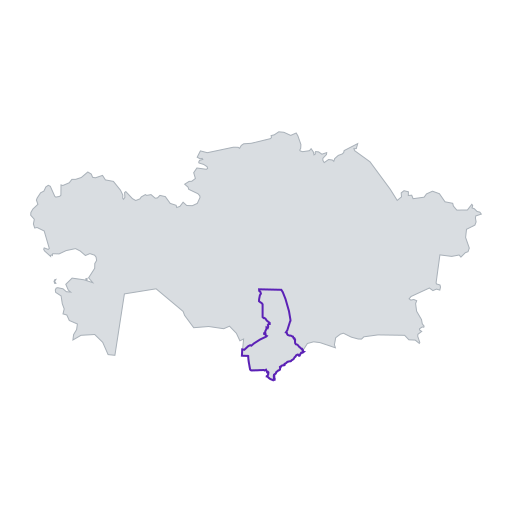 location of South Kazakhstan within Kazakhstan
{"feature_id": "KAZ-3251", "entity_name": "South Kazakhstan", "entity_type": "Region", "adm_level": 1, "iso_a3": "KAZ", "parent_name": "Kazakhstan", "parent_adm1": "", "projection": "albers", "projection_center": [68.818, 43.271], "detail": "fine", "context": "in_parent", "style": "outline", "palette": "violet", "viewbox_px": 512, "rotation_deg": 0, "n_neighbors": 0, "source": "natural_earth", "source_scale": "10m", "svg_char_len": 7855}
<svg xmlns="http://www.w3.org/2000/svg" viewBox="0 0 512 512"><path d="M303.8,351.8L300.9,353.2L299.3,355.4L297.2,354.8L293.3,359.2L281.4,366.0L274.2,375.3L274.0,379.5L272.0,379.6L267.3,376.4L268.2,372.7L266.0,369.8L250.4,369.8L248.1,356.0L242.0,355.6L243.6,339.0L239.9,340.8L236.4,333.3L229.5,326.2L223.7,328.7L208.7,326.5L193.7,327.7L184.6,315.4L183.1,311.4L156.1,288.8L124.4,293.9L114.9,355.3L108.1,354.6L102.7,342.3L94.7,334.5L81.0,335.3L72.9,340.0L73.6,334.6L76.6,329.6L77.4,324.0L69.3,320.5L66.8,315.0L63.0,313.9L64.2,308.9L62.3,303.8L61.1,295.9L55.7,292.4L55.3,290.0L56.2,288.1L57.7,287.7L63.0,288.8L66.3,291.7L70.7,292.1L68.3,290.1L65.8,284.3L72.1,278.1L84.0,279.8L92.8,282.7L88.6,277.8L94.7,268.3L94.8,263.5L96.6,260.5L96.1,257.2L94.6,255.2L89.9,253.6L85.4,255.5L80.2,251.0L75.5,248.6L66.1,250.6L59.1,253.9L52.7,253.7L52.4,255.5L51.6,254.9L50.5,255.5L50.6,256.4L44.5,250.9L43.7,249.3L44.2,247.9L48.2,249.4L49.3,248.5L44.2,231.0L37.1,227.5L34.7,228.0L33.4,224.0L34.3,219.3L30.7,215.2L30.9,212.4L32.9,209.0L37.9,204.3L36.4,200.1L37.2,198.0L40.6,192.8L43.9,191.1L45.9,186.9L48.3,185.3L50.3,186.3L54.8,196.4L55.8,197.1L59.6,196.4L60.9,195.2L61.0,184.9L62.8,185.5L69.2,182.8L71.9,179.4L75.5,179.4L81.3,177.5L87.8,172.0L91.3,174.1L92.6,177.3L95.4,177.8L102.5,175.4L105.4,179.9L113.4,181.4L120.5,190.2L122.8,195.0L122.7,198.3L123.5,199.3L124.9,197.4L124.6,192.5L125.8,191.6L132.4,198.6L135.7,200.5L139.9,198.9L141.3,196.9L145.4,194.6L146.7,195.4L151.0,194.6L155.2,198.2L157.5,197.9L159.9,195.4L165.3,196.6L170.2,203.4L176.1,205.3L176.7,207.5L179.9,206.4L183.1,202.2L186.7,205.5L192.3,205.7L197.3,203.4L200.0,197.5L199.8,195.8L197.9,193.7L188.7,189.3L188.1,187.2L184.7,184.2L189.1,181.4L191.7,181.3L195.4,178.5L193.7,172.7L196.9,168.0L206.4,169.3L207.6,168.4L207.1,166.7L203.6,164.4L199.0,163.0L198.7,162.1L199.5,160.4L202.8,159.4L202.2,158.4L199.9,158.7L197.2,157.2L200.4,150.9L207.3,152.7L233.4,147.2L238.1,147.3L239.6,148.3L241.3,145.4L243.7,143.8L251.2,143.3L270.6,138.6L271.5,137.3L271.1,135.6L274.3,134.8L278.8,131.8L283.9,132.3L290.7,135.4L296.2,133.0L297.9,135.9L300.9,144.5L300.7,148.4L299.7,150.1L300.2,150.9L302.6,151.7L309.4,150.7L311.1,148.7L313.3,151.9L314.0,154.9L315.4,153.9L315.1,152.4L315.6,151.6L318.6,151.9L321.9,154.2L326.7,152.6L326.5,154.5L322.9,158.3L322.8,160.2L324.2,162.6L328.6,159.5L332.3,160.0L333.8,161.3L334.7,158.6L338.3,155.4L342.2,154.0L343.7,152.6L344.1,150.6L357.7,143.6L356.3,148.6L353.9,148.7L354.8,150.8L370.0,161.8L390.2,189.2L397.2,200.4L401.5,196.9L401.2,192.9L404.0,190.7L408.4,191.8L408.3,195.5L411.7,195.2L413.1,198.7L424.1,197.2L426.5,193.9L432.5,191.2L439.4,193.7L445.0,201.8L452.7,203.3L453.4,206.1L456.8,210.1L467.4,210.0L471.8,204.3L472.7,205.5L472.0,207.9L474.3,208.7L477.1,211.5L479.8,212.1L481.3,214.1L475.8,215.9L475.4,217.9L476.1,221.9L474.9,225.1L466.5,229.3L465.6,237.5L469.3,248.1L468.0,251.7L465.3,252.7L460.9,257.1L459.1,255.0L451.7,256.4L439.9,254.9L436.1,282.7L436.4,283.9L440.0,285.0L440.5,287.1L439.8,290.1L436.5,289.1L432.9,290.6L429.4,288.0L411.0,296.5L409.1,298.8L410.8,300.1L413.8,299.5L416.7,300.7L415.6,303.6L416.6,311.2L421.5,319.6L422.3,323.9L424.1,326.1L423.8,327.2L422.1,327.0L419.5,328.8L419.6,330.0L421.7,331.4L417.9,334.3L417.7,336.2L419.8,342.5L419.3,343.4L415.2,340.1L408.9,339.8L404.6,335.3L377.9,334.9L363.9,336.8L361.5,339.1L358.2,339.0L351.2,337.1L343.4,333.2L340.3,334.2L335.7,337.7L334.4,344.7L335.4,347.8L320.0,342.6L313.6,341.8L307.4,343.5L303.1,350.2L303.8,351.8ZM55.9,283.3L54.8,283.5L54.0,281.4L54.8,279.7L55.9,279.4L54.6,281.4L55.9,283.3ZM87.0,280.2L86.1,279.8L85.7,278.9L87.1,278.4L87.0,280.2Z" fill="#d9dde1" stroke="#a8b0b8" stroke-width="1"/><path d="M303.0,350.3L302.7,350.5L302.6,350.8L302.7,351.1L303.2,351.5L303.4,351.7L303.8,351.8L303.4,352.1L303.0,352.5L302.7,352.6L302.3,352.8L302.0,352.8L301.7,352.7L301.3,352.7L301.2,352.7L301.1,352.8L300.9,353.1L300.8,353.4L300.8,353.5L300.6,353.7L300.4,353.9L300.3,354.2L300.1,354.5L300.0,354.8L299.9,355.1L299.8,355.3L299.7,355.6L299.3,355.8L299.1,355.8L299.0,355.7L298.9,355.7L298.7,355.6L298.5,355.3L298.4,355.1L298.3,354.9L298.2,354.8L298.1,354.7L297.9,354.5L297.7,354.5L297.1,354.8L296.5,355.1L296.2,355.3L296.0,355.5L295.8,355.9L295.7,356.2L295.6,356.4L295.6,356.5L295.4,356.7L295.3,356.8L295.2,356.8L294.9,357.0L294.7,357.1L294.2,358.0L293.8,358.7L293.6,358.9L293.5,359.1L292.9,359.5L292.4,359.9L292.1,360.0L291.7,360.2L291.5,360.3L291.4,360.5L291.2,360.8L291.0,361.1L290.7,361.2L290.5,361.3L289.8,361.3L289.1,361.4L288.2,361.6L287.4,361.8L287.2,362.0L286.8,362.4L286.2,363.0L285.5,363.5L285.2,363.6L284.8,363.7L284.6,363.8L284.5,364.0L284.4,364.2L284.3,364.4L284.3,364.5L284.5,364.8L284.6,365.0L284.4,365.2L284.1,365.2L283.7,365.1L283.2,365.3L283.0,365.5L282.9,365.5L282.6,365.4L282.4,365.4L282.2,365.4L281.9,365.6L281.6,365.8L281.4,366.0L281.2,366.1L281.2,366.3L281.1,366.5L280.9,366.4L280.6,366.5L280.4,366.6L280.1,366.8L279.9,366.9L279.9,367.0L280.0,367.2L280.0,367.3L280.2,367.5L280.2,367.9L280.1,368.7L280.0,369.5L279.9,369.6L279.8,369.8L279.7,369.9L279.5,370.0L279.2,370.2L279.0,370.3L278.8,370.4L278.5,370.4L278.2,370.5L277.9,370.7L277.8,370.8L277.7,371.0L277.5,371.3L277.1,371.5L276.6,371.7L276.4,371.9L276.3,372.1L276.0,372.8L275.8,373.5L275.7,373.6L275.5,373.8L275.2,373.9L275.0,374.0L274.8,374.1L274.6,374.2L274.4,374.4L274.3,374.6L274.3,374.8L274.2,374.7L274.0,374.8L274.0,375.0L274.1,375.3L274.0,375.5L273.9,375.6L273.8,375.8L273.8,376.0L273.8,376.7L273.9,377.4L273.9,377.5L274.0,377.7L274.0,377.8L274.4,377.9L274.5,378.0L274.5,378.3L274.6,378.5L274.7,378.8L274.6,379.2L274.4,379.4L274.5,379.5L274.6,379.8L274.4,379.9L274.1,379.9L273.7,379.8L273.4,379.6L273.2,379.6L273.1,379.8L273.0,380.0L272.9,379.9L272.7,380.0L271.1,379.4L270.1,378.9L269.6,378.6L269.2,378.2L268.7,377.9L268.2,377.3L267.6,376.7L267.4,376.6L267.2,376.5L266.9,376.4L266.7,376.4L266.7,376.2L266.8,376.1L267.0,376.0L267.2,375.9L267.3,375.8L267.4,375.7L267.5,375.6L267.7,375.4L267.8,375.3L267.9,375.1L268.0,374.8L268.1,374.6L268.2,374.3L268.2,374.0L268.3,373.7L268.3,373.2L268.2,373.1L268.1,372.9L268.3,372.8L268.4,372.6L268.3,372.4L268.3,372.2L268.1,372.0L267.9,372.2L267.8,372.4L267.7,372.3L267.7,372.2L267.4,372.2L267.4,372.3L267.2,372.4L267.0,372.1L267.0,371.8L266.9,371.5L266.9,371.3L266.8,371.2L266.5,370.8L266.3,370.4L266.2,370.3L266.2,370.2L266.0,369.7L265.8,369.8L265.7,369.9L265.3,370.2L264.9,370.4L264.7,370.5L264.5,370.4L264.4,370.4L264.1,370.2L263.9,370.1L263.7,370.0L262.0,370.1L260.3,370.1L259.3,370.2L257.7,370.3L256.3,370.3L254.4,370.4L253.2,370.4L251.7,370.5L251.2,370.3L250.7,370.2L250.4,369.8L250.1,369.5L249.6,367.0L249.2,364.5L248.8,362.4L248.5,360.3L248.3,358.1L248.2,356.0L248.0,355.9L247.9,355.9L246.3,355.9L244.9,355.8L243.6,355.8L242.0,355.7L241.9,355.7L242.1,352.2L242.2,349.4L243.4,349.6L244.3,349.8L248.3,346.1L250.2,345.2L251.3,345.7L254.0,343.4L260.1,339.5L266.2,336.6L266.8,336.0L266.4,335.8L265.6,335.1L265.5,333.9L265.0,333.9L265.1,333.2L264.6,333.4L264.2,334.8L264.1,333.2L265.1,332.2L265.5,330.7L266.4,329.1L266.5,327.4L267.7,328.1L268.2,326.8L268.1,325.6L267.8,325.0L268.6,324.0L269.7,324.0L269.7,322.9L266.9,320.7L265.8,319.3L265.6,318.8L264.9,318.3L264.2,317.9L263.7,318.1L262.6,317.1L262.6,304.3L261.7,303.1L260.1,302.1L259.0,301.2L259.1,299.2L259.9,295.2L260.9,293.7L260.4,291.9L259.2,290.9L259.1,289.3L281.3,289.8L282.8,292.2L285.5,299.0L289.0,311.2L290.4,319.5L290.5,320.8L290.1,321.4L287.3,330.3L286.2,331.9L285.9,332.4L286.6,332.6L287.0,333.1L287.0,333.8L287.7,334.9L288.2,335.1L289.5,335.6L290.6,335.6L291.2,335.8L292.0,336.3L293.0,336.6L293.3,337.7L293.7,338.2L294.2,338.1L294.5,338.4L294.3,339.0L295.0,339.5L294.8,340.0L295.1,340.6L295.0,341.8L295.2,343.3L295.9,344.3L296.8,344.5L297.3,344.7L298.1,345.4L298.7,346.2L299.0,346.7L299.6,347.0L300.9,348.4L301.9,348.7L301.9,349.2L302.3,349.4L302.3,349.6L303.0,350.2L303.0,350.3Z" fill="none" stroke="#5b21b6" stroke-width="2"/></svg>